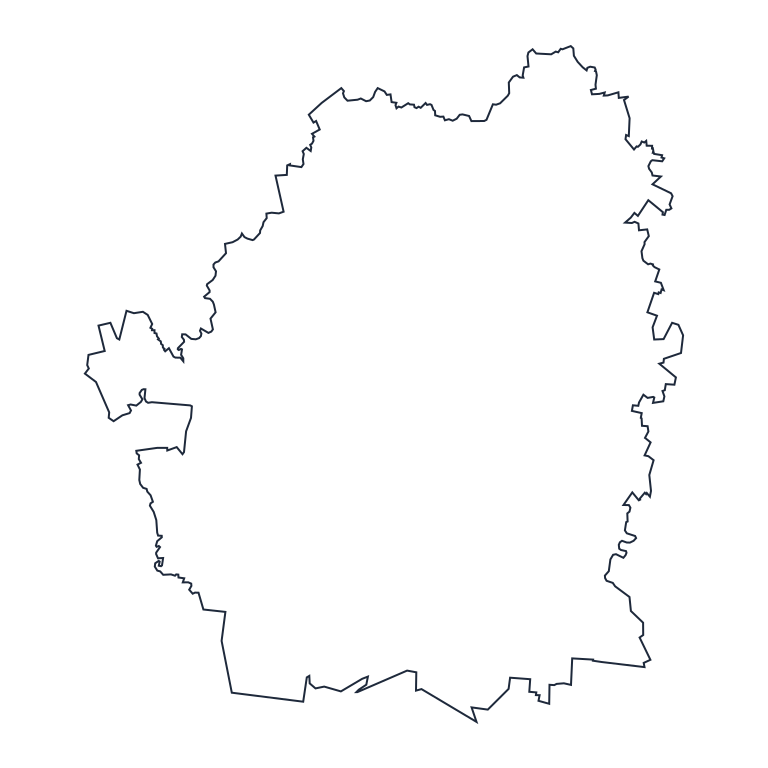 Jalapa, Tabasco, Mexico (Albers equal-area conic projection)
{"feature_id": "50627088B66696645260750", "entity_name": "Jalapa", "entity_type": "district", "adm_level": 2, "iso_a3": "MEX", "parent_name": "Mexico", "parent_adm1": "Tabasco", "projection": "albers", "projection_center": [-92.803, 17.771], "detail": "fine", "context": "isolated", "style": "outline", "palette": "slate", "viewbox_px": 768, "rotation_deg": 0, "n_neighbors": 0, "source": "geoboundaries", "source_scale": "gbopen_adm2", "svg_char_len": 6066}
<svg xmlns="http://www.w3.org/2000/svg" viewBox="0 0 768 768"><path d="M171.0,574.4L175.0,575.7L176.2,574.4L178.3,574.6L178.5,577.5L184.2,578.3L182.8,582.4L188.2,582.3L191.2,583.6L191.4,585.9L189.2,589.7L192.7,593.7L195.0,592.6L198.5,592.7L203.4,609.5L225.4,611.9L221.6,640.9L231.8,692.7L303.2,701.7L306.8,677.4L309.3,675.9L309.7,683.4L315.5,688.4L324.2,686.6L340.9,691.4L362.2,678.8L367.9,676.6L366.3,684.7L358.8,689.7L356.4,692.1L357.4,692.1L407.1,670.6L416.3,672.3L416.0,690.6L421.5,689.1L476.5,721.9L471.6,707.4L487.8,709.6L508.6,688.9L510.1,677.7L530.2,679.2L529.3,691.8L536.3,692.4L535.9,695.1L539.6,695.2L538.5,700.8L549.2,703.8L549.5,684.8L554.3,685.1L556.6,683.9L563.9,683.3L571.0,684.9L572.2,658.4L593.1,659.6L592.9,660.7L601.6,662.0L644.5,667.1L643.7,662.9L650.4,659.8L639.6,637.5L643.2,635.0L643.1,622.7L630.9,611.0L629.5,597.0L615.1,586.3L612.8,582.9L606.6,580.8L605.1,578.1L604.9,575.6L608.8,571.2L610.4,559.4L613.1,554.8L616.0,554.2L623.4,557.8L625.6,555.1L626.5,552.8L626.0,551.1L621.0,550.0L619.2,548.7L618.8,544.8L619.9,542.3L622.0,540.8L626.7,542.5L629.9,542.6L633.6,540.8L636.1,538.1L635.1,536.0L626.8,533.3L624.9,530.4L626.2,522.1L627.6,521.5L627.3,513.4L629.5,511.6L630.4,507.7L628.9,505.1L623.5,505.0L632.3,492.4L638.8,500.3L640.2,499.6L639.9,498.5L644.8,492.7L646.1,494.1L646.8,493.0L649.9,496.7L651.0,490.9L649.3,475.0L653.6,460.2L648.4,456.2L644.6,455.4L650.6,442.4L645.0,437.9L648.4,431.5L647.6,426.2L642.0,425.8L641.6,418.4L640.8,417.9L641.7,413.1L631.9,410.9L632.9,405.3L638.3,405.8L639.0,402.5L643.4,394.7L647.6,397.9L653.2,396.9L654.3,397.5L653.0,402.9L663.3,401.3L664.4,396.4L662.5,391.0L664.8,390.2L665.8,384.1L674.4,384.7L675.9,377.4L659.3,363.7L663.5,362.6L663.9,358.8L681.0,353.0L683.1,335.3L678.4,324.8L672.1,322.8L663.6,339.1L654.2,339.5L652.6,327.3L657.0,315.7L647.4,312.3L654.1,292.8L658.3,294.1L658.7,292.4L660.6,293.0L661.6,289.4L663.7,290.2L660.9,282.8L655.2,281.4L659.3,269.5L654.5,267.1L652.8,265.4L653.0,264.4L650.4,263.6L648.1,264.3L643.4,260.7L642.4,258.2L641.5,251.2L644.6,244.2L644.5,242.1L648.8,236.1L647.2,229.4L639.0,230.3L638.4,223.5L634.6,221.8L631.9,223.0L625.1,222.6L630.8,217.6L634.4,212.9L637.9,215.9L648.3,200.2L662.9,212.2L662.5,214.6L664.6,215.0L666.3,209.8L669.2,209.8L671.4,208.4L669.6,204.4L672.6,196.2L671.1,193.3L652.5,184.3L660.9,176.5L652.5,175.5L651.8,172.5L649.1,168.8L648.4,166.1L650.8,161.3L652.3,160.2L662.2,161.3L664.2,158.3L661.5,157.5L662.1,155.2L654.1,153.9L653.6,152.2L652.9,152.5L653.3,150.5L652.8,148.2L652.0,148.4L652.1,145.8L646.7,145.7L646.2,140.9L644.3,142.5L641.7,141.5L640.4,144.5L637.9,146.8L636.6,146.4L634.0,149.5L625.5,139.2L626.1,135.0L628.8,136.1L629.6,118.2L624.0,100.0L628.6,96.6L618.8,97.9L618.4,92.3L607.8,95.4L603.8,95.6L604.7,92.5L599.3,93.9L592.0,94.3L590.9,90.0L595.9,88.7L595.5,84.7L596.8,75.2L596.0,71.3L595.0,71.0L595.6,69.5L594.7,67.5L590.2,66.7L587.4,67.8L586.6,70.4L582.7,67.3L577.7,61.9L573.9,55.8L573.3,48.4L570.7,46.1L562.5,49.3L560.7,48.8L558.2,52.3L555.7,51.6L551.2,54.3L536.2,53.5L532.6,49.3L528.4,52.5L527.5,56.1L528.5,66.5L524.1,67.4L522.7,75.4L523.4,77.7L519.7,77.4L516.8,75.1L513.0,76.7L508.8,82.5L509.2,93.2L507.8,95.7L500.1,103.3L496.1,104.7L492.9,104.3L486.5,119.8L484.2,121.0L471.4,121.1L469.1,116.0L462.5,114.4L459.7,114.8L456.7,118.7L452.7,120.7L448.9,119.2L444.9,120.3L443.4,116.6L440.1,116.8L435.2,115.3L435.0,111.0L433.5,109.9L431.5,104.9L430.0,104.2L427.0,104.9L425.6,103.0L420.7,107.8L418.6,106.7L416.5,108.1L414.5,107.2L414.0,104.7L409.8,104.4L408.2,103.2L401.4,107.5L398.5,106.6L396.5,108.3L395.5,105.2L396.4,102.8L391.6,102.1L390.5,94.4L386.8,94.9L384.5,91.4L377.7,88.1L375.1,91.9L373.2,97.1L369.8,100.5L366.1,101.2L360.8,98.5L357.6,99.7L347.5,100.7L344.3,97.4L343.0,93.3L343.9,91.1L341.3,88.1L321.7,102.9L308.8,114.7L313.5,122.6L316.1,121.0L319.7,129.5L312.0,133.8L314.4,136.6L313.0,137.3L313.5,140.8L312.0,143.6L310.2,144.8L311.3,147.5L310.7,151.0L306.4,147.8L302.6,151.2L303.8,154.0L302.8,159.3L303.5,164.0L301.4,167.1L289.7,165.4L289.9,164.2L287.2,165.4L286.8,174.9L275.5,175.6L283.6,211.7L278.9,213.4L271.6,212.7L266.4,213.6L266.7,218.1L263.5,222.2L262.7,226.0L260.2,230.4L260.0,233.0L254.0,239.5L252.6,240.1L247.4,238.6L244.5,237.1L241.9,233.5L240.7,236.6L237.7,239.5L232.6,242.2L225.0,243.9L226.0,253.2L218.5,261.4L215.3,262.5L213.5,264.5L213.5,267.3L216.0,271.3L215.5,275.7L212.7,280.0L207.1,284.2L206.8,285.6L209.6,290.4L209.6,292.1L204.1,296.7L205.0,298.1L210.0,298.8L212.8,301.7L213.9,304.5L215.6,312.3L210.5,318.6L212.9,329.4L211.3,331.6L208.4,332.9L200.9,328.5L200.0,330.8L201.4,333.6L200.9,336.1L199.1,338.1L195.8,339.3L191.3,338.9L185.6,334.4L182.2,334.3L181.8,337.0L183.9,339.7L184.1,341.8L177.9,348.2L177.8,349.3L178.8,350.0L181.0,348.9L182.0,349.4L181.1,354.8L183.3,358.3L183.3,361.3L180.3,357.7L175.4,357.6L173.5,356.6L168.9,348.2L165.2,351.3L164.0,349.8L164.5,348.9L162.9,347.5L162.8,345.2L161.1,343.9L160.8,341.4L158.0,339.4L158.8,338.6L157.0,336.3L156.5,333.5L154.5,333.0L154.5,330.2L152.0,330.2L152.2,328.8L150.4,327.8L152.2,324.0L147.7,314.9L142.9,311.8L133.9,313.2L126.5,310.8L119.3,339.5L116.9,338.2L110.4,322.8L98.5,325.6L104.7,351.0L88.5,354.9L87.2,365.1L88.8,368.5L84.9,373.6L96.0,382.0L109.2,412.4L108.7,417.8L113.6,421.2L122.4,415.3L129.6,413.1L131.0,410.5L128.1,405.2L130.6,404.5L136.3,405.6L140.9,401.9L142.4,399.3L139.6,394.7L139.6,393.1L141.8,389.9L143.6,389.2L145.4,389.3L144.5,398.1L146.0,401.5L148.1,402.8L151.9,402.2L190.2,405.4L191.9,406.3L191.0,417.9L186.1,431.3L184.0,452.1L182.5,454.2L176.7,447.1L167.3,450.5L167.2,447.9L157.0,447.9L136.3,450.8L136.7,453.4L139.1,455.3L138.8,459.1L141.0,462.8L137.5,464.6L139.9,469.5L139.3,480.0L140.2,484.0L143.1,487.8L146.6,488.9L147.3,491.6L150.6,495.3L152.9,501.8L150.5,503.4L149.9,505.7L153.7,511.9L156.3,520.1L157.2,532.7L158.1,535.6L161.7,535.8L161.8,537.3L157.2,541.2L155.9,545.7L156.6,546.8L158.8,546.0L160.0,547.1L156.2,552.6L156.1,554.0L158.0,558.3L163.1,558.0L162.0,565.4L161.0,566.2L158.8,565.7L159.7,561.6L158.7,560.9L155.2,563.3L154.8,566.6L157.3,570.6L160.2,571.4L163.2,574.8L171.0,574.4Z" fill="none" stroke="#1e293b" stroke-width="2"/></svg>